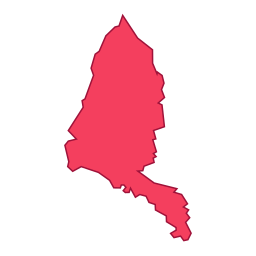 the district of Gazi Baba, Gazi Baba, North Macedonia
{"feature_id": "65306769B82299046319271", "entity_name": "Gazi Baba", "entity_type": "district", "adm_level": 2, "iso_a3": "MKD", "parent_name": "North Macedonia", "parent_adm1": "Gazi Baba", "projection": "equal_earth", "projection_center": [21.531, 42.028], "detail": "fine", "context": "isolated", "style": "filled", "palette": "rose", "viewbox_px": 256, "rotation_deg": 0, "n_neighbors": 0, "source": "geoboundaries", "source_scale": "gbopen_adm2", "svg_char_len": 1057}
<svg xmlns="http://www.w3.org/2000/svg" viewBox="0 0 256 256"><path d="M122.7,15.4L119.0,26.0L115.0,27.0L105.9,35.8L99.2,51.3L95.2,54.2L91.1,68.2L93.6,75.3L85.0,98.9L82.1,100.7L83.2,107.3L68.3,130.6L76.4,139.1L68.3,141.1L64.9,145.3L68.8,161.7L67.7,166.6L72.7,171.3L81.2,166.6L98.5,172.4L109.6,180.3L113.8,187.8L120.3,187.9L121.3,185.0L123.9,185.0L125.9,187.3L123.2,190.7L125.3,192.5L129.1,192.4L130.5,188.2L135.4,197.2L139.8,194.5L146.1,196.2L149.0,202.4L155.2,204.5L155.5,210.0L166.3,215.9L166.5,221.7L176.0,227.5L176.2,230.1L170.6,233.4L174.0,237.6L180.6,236.1L183.8,240.6L187.9,239.7L191.1,233.2L185.6,222.3L189.7,217.7L186.3,213.2L188.6,209.9L183.4,207.0L187.5,203.8L181.6,194.5L173.9,192.2L176.9,188.7L154.1,183.0L137.8,171.1L142.8,170.7L144.0,166.2L154.1,162.4L153.2,158.1L156.1,156.6L153.4,153.5L156.4,151.8L152.8,139.7L155.8,138.9L153.5,130.5L164.4,126.7L162.0,104.9L158.2,103.0L164.5,97.5L161.5,89.6L164.0,83.2L162.1,75.5L157.4,72.1L157.0,73.8L152.6,63.3L152.5,49.8L137.6,38.1L122.7,15.4Z" fill="#f43f5e" stroke="#9f1239" stroke-width="1.5"/></svg>